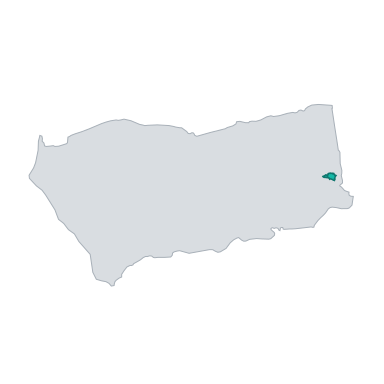 location of Bolgatanga Municipal, Upper East, Ghana, rotated 82°
{"feature_id": "2480657B19364380807593", "entity_name": "Bolgatanga Municipal", "entity_type": "district", "adm_level": 2, "iso_a3": "GHA", "parent_name": "Ghana", "parent_adm1": "Upper East", "projection": "equal_earth", "projection_center": [-0.942, 10.748], "detail": "fine", "context": "in_parent", "style": "filled", "palette": "teal", "viewbox_px": 384, "rotation_deg": 82, "n_neighbors": 0, "source": "geoboundaries", "source_scale": "gbopen_adm2", "svg_char_len": 4676}
<svg xmlns="http://www.w3.org/2000/svg" viewBox="0 0 384 384"><g transform="rotate(82 192 192)"><path d="M227.3,35.4L229.6,38.4L230.1,40.1L229.3,46.5L227.6,51.0L226.5,55.2L226.6,57.3L227.7,59.4L231.3,62.7L233.1,64.9L235.3,68.1L237.8,71.3L242.0,75.5L243.8,76.2L243.8,77.4L243.2,78.9L242.8,94.4L242.5,98.4L242.2,100.4L241.8,106.1L241.3,107.0L240.5,106.9L239.8,107.1L239.6,108.3L239.9,109.4L242.5,110.3L241.9,111.2L240.0,111.9L239.1,113.7L239.5,115.7L238.5,117.3L238.8,118.3L239.5,119.1L240.5,118.8L243.5,116.2L244.8,115.9L246.4,116.4L249.2,120.5L249.4,122.5L248.2,129.3L247.1,134.5L246.9,141.5L248.1,145.5L247.9,147.6L246.6,149.5L243.6,152.2L243.9,154.1L245.2,157.5L247.7,161.3L252.6,166.1L255.2,172.3L255.3,174.8L253.8,177.3L252.0,179.5L251.5,182.7L252.3,203.4L248.4,212.4L248.4,215.0L248.8,218.0L249.8,219.8L251.8,220.3L253.4,222.1L252.9,228.4L252.0,234.8L251.9,238.0L251.4,239.4L249.9,240.7L249.3,242.7L249.7,245.2L249.4,247.1L250.2,249.5L252.0,252.5L254.9,259.9L255.9,260.5L256.4,262.1L256.1,263.6L257.2,266.9L260.4,270.2L263.7,273.1L266.4,273.5L267.1,276.1L268.8,279.3L270.1,280.8L272.1,281.7L273.8,282.2L273.9,285.0L270.9,286.9L268.8,289.7L267.3,294.1L265.1,298.9L257.7,301.4L254.9,301.4L239.6,301.5L225.3,310.9L217.1,314.3L212.1,319.6L205.3,323.4L200.5,328.0L190.6,330.2L174.5,337.4L169.4,340.2L164.3,345.2L155.9,351.1L152.7,351.0L146.1,345.5L141.2,342.8L129.3,338.6L120.3,337.0L116.0,335.2L114.8,334.8L115.8,332.9L118.3,332.7L120.9,333.3L122.9,331.8L125.8,331.6L126.6,330.1L126.8,326.1L126.8,322.9L127.8,321.5L128.1,317.7L126.7,309.4L125.7,308.4L120.4,307.2L120.0,305.6L119.1,303.8L118.1,299.5L117.0,293.1L115.2,285.2L111.7,272.1L110.8,267.5L110.2,262.8L110.1,257.1L110.8,255.0L110.7,252.1L110.4,249.2L112.9,242.6L117.8,234.4L118.8,231.5L119.7,229.5L119.8,226.5L120.7,217.0L123.0,205.6L124.5,201.2L125.5,198.9L126.7,195.1L127.0,193.3L131.4,188.8L133.5,187.6L134.0,185.8L133.3,183.9L133.6,182.6L134.6,181.9L136.3,181.4L137.5,179.5L135.6,165.4L134.1,151.4L134.0,150.2L133.1,148.2L132.2,142.4L130.7,139.0L128.6,138.0L128.7,134.8L130.8,129.4L131.3,126.2L130.3,125.3L130.2,122.8L130.9,118.8L130.6,116.4L130.2,113.8L128.0,107.6L127.5,103.3L128.6,100.7L128.6,95.1L127.4,86.5L127.2,81.1L128.0,78.9L127.7,76.7L126.1,74.7L126.0,72.7L127.3,70.7L127.1,69.2L125.5,68.1L123.9,65.5L122.6,61.3L122.9,54.6L125.5,42.3L125.8,41.2L128.6,41.3L128.7,41.8L137.6,41.7L147.8,41.6L159.9,41.4L171.0,41.3L171.5,40.7L173.3,40.0L184.5,41.3L191.5,40.6L194.4,41.1L196.6,41.9L201.4,41.4L204.0,41.7L206.0,44.8L206.7,44.7L207.8,43.4L209.8,42.0L211.7,40.8L213.1,38.4L214.0,36.5L215.2,36.9L217.1,36.8L218.3,35.3L218.8,32.9L227.3,35.4Z" fill="#d9dde1" stroke="#a8b0b8" stroke-width="1"/><path d="M200.1,49.6L200.1,49.3L200.1,49.2L199.9,49.0L199.7,49.0L199.6,48.9L199.4,48.8L199.5,48.8L199.2,48.6L198.9,48.7L198.7,48.8L198.7,48.7L198.2,48.6L198.0,48.8L197.9,48.9L197.9,49.0L197.8,48.8L197.6,48.6L197.4,48.4L197.1,48.3L197.0,48.2L196.7,47.9L196.4,47.7L196.2,47.7L196.1,47.4L195.9,47.3L195.8,47.2L195.7,47.1L195.6,47.3L195.5,47.5L195.4,47.6L195.3,47.8L195.3,48.0L195.2,48.0L195.1,48.3L194.9,48.4L194.9,48.5L194.7,48.6L194.4,48.5L194.2,48.6L194.2,48.8L194.0,49.0L193.9,49.0L193.7,49.2L193.8,49.2L193.7,49.2L193.7,49.4L193.8,49.4L193.7,49.4L193.7,49.5L193.5,49.4L193.5,49.5L193.4,49.6L193.3,49.8L193.2,49.8L193.2,50.0L193.2,50.3L193.1,50.5L192.9,50.8L192.9,51.0L192.9,51.3L193.0,51.3L193.0,51.5L192.9,51.5L192.8,51.8L192.7,51.9L192.8,52.0L192.7,52.1L192.8,52.2L192.7,52.6L192.6,52.8L192.5,53.0L192.6,53.3L192.6,53.6L192.6,53.8L192.6,54.0L192.8,54.1L192.8,54.3L192.8,54.6L193.0,54.6L193.2,54.4L193.3,54.4L193.4,54.5L193.4,54.8L193.5,55.0L193.8,55.2L193.9,55.3L194.0,55.3L194.0,55.2L194.1,55.3L194.1,55.2L194.2,55.3L194.3,55.3L194.4,55.6L194.5,55.6L194.4,55.7L194.4,55.8L194.2,56.0L194.1,56.3L194.1,56.5L193.9,56.7L193.7,56.8L193.8,57.0L193.9,57.4L193.8,57.5L194.0,57.7L194.0,57.8L194.1,58.0L194.2,58.3L194.4,58.4L194.4,58.5L194.5,58.5L194.5,58.8L194.7,59.1L194.8,59.2L194.8,59.3L194.7,59.6L194.8,59.6L195.0,59.9L195.0,60.0L195.2,59.9L195.3,59.9L195.4,59.7L195.5,59.6L195.7,59.4L195.7,59.5L195.8,59.4L195.8,59.2L195.9,58.9L196.0,58.7L196.1,58.4L196.1,58.2L196.1,57.9L196.1,57.7L196.2,57.4L196.3,57.3L196.3,57.2L196.4,56.9L196.4,56.6L196.5,56.7L196.4,56.6L196.5,56.6L196.6,56.4L196.6,56.2L196.6,55.9L196.6,55.7L196.7,55.4L196.7,55.2L196.8,55.2L196.9,54.9L197.0,54.9L197.0,54.7L197.3,54.6L197.4,54.4L197.5,54.3L197.4,54.2L197.5,54.0L197.7,53.9L197.8,54.0L198.0,54.0L198.3,54.0L198.4,53.9L198.5,53.9L198.4,53.5L198.3,53.0L198.3,52.7L198.5,52.6L198.8,51.9L199.2,51.2L199.4,50.8L199.5,50.8L199.6,50.7L199.8,50.6L200.0,50.3L200.0,50.1L200.1,49.8L200.1,49.6Z" fill="#14b8a6" stroke="#0f766e" stroke-width="1.5"/></g></svg>